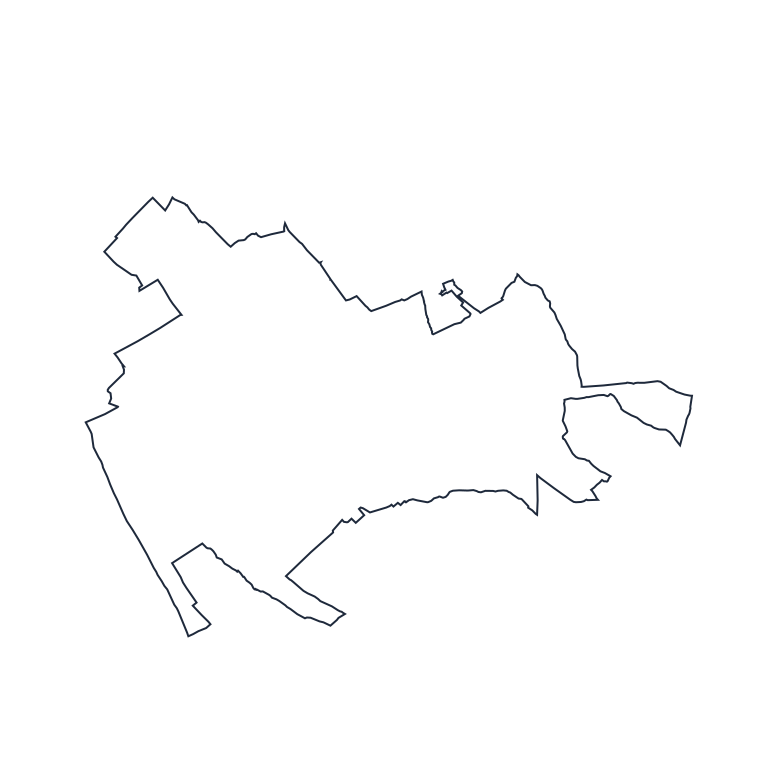 Suletea, Vaslui, Romania, rotated 169°
{"feature_id": "2599482B74545700533017", "entity_name": "Suletea", "entity_type": "district", "adm_level": 2, "iso_a3": "ROU", "parent_name": "Romania", "parent_adm1": "Vaslui", "projection": "mercator", "projection_center": [27.899, 46.299], "detail": "fine", "context": "isolated", "style": "outline", "palette": "slate", "viewbox_px": 768, "rotation_deg": 169, "n_neighbors": 0, "source": "geoboundaries", "source_scale": "gbopen_adm2", "svg_char_len": 6143}
<svg xmlns="http://www.w3.org/2000/svg" viewBox="0 0 768 768"><g transform="rotate(169 384 384)"><path d="M619.5,579.8L618.2,578.2L633.3,567.2L626.1,555.7L623.4,552.0L611.0,539.4L606.4,537.7L602.6,526.9L605.9,525.3L606.3,522.1L586.2,529.5L582.5,520.6L578.1,507.9L576.1,503.2L569.6,490.5L570.8,490.6L593.1,481.7L604.7,477.5L617.6,473.0L642.7,465.2L640.5,461.0L637.7,454.3L635.9,451.0L637.1,451.3L636.5,447.7L637.4,444.1L654.8,432.6L656.3,431.0L656.5,429.5L654.2,427.1L654.6,421.8L657.5,417.4L649.5,412.5L649.8,412.1L663.6,407.7L684.1,403.3L681.0,393.1L680.5,390.8L681.2,377.2L678.1,366.3L676.4,361.9L675.8,358.3L675.8,355.6L673.3,345.5L672.0,337.7L670.0,328.3L668.1,321.6L664.6,306.1L662.6,298.5L658.6,288.8L654.5,277.7L649.1,261.5L645.1,247.4L643.4,243.0L642.7,239.9L639.8,232.8L638.1,227.7L636.0,223.8L632.0,207.4L630.2,203.5L629.3,200.2L624.7,177.3L624.2,173.7L619.1,174.9L613.3,176.8L605.1,178.4L600.2,181.3L601.7,184.1L607.1,192.0L614.0,202.9L609.7,205.2L616.8,221.4L619.2,227.5L620.4,233.2L626.2,248.6L592.8,262.1L589.5,257.2L588.5,256.4L585.8,255.6L584.6,254.2L583.4,252.4L581.7,248.5L581.3,245.6L576.8,242.8L574.7,238.1L570.8,234.7L568.1,231.7L565.0,229.3L563.9,227.8L562.9,228.6L560.9,225.6L559.0,221.5L558.3,221.5L557.9,220.9L556.4,217.2L553.8,214.5L552.2,212.3L551.2,208.7L550.3,207.2L549.5,207.4L549.2,206.7L548.6,206.3L548.2,206.6L544.7,203.8L542.5,203.5L537.0,198.9L536.0,197.8L534.7,195.6L530.6,193.1L528.1,190.9L523.0,185.5L521.8,183.7L518.7,180.9L513.0,174.6L506.3,169.1L504.3,169.5L500.7,168.6L492.6,163.3L488.9,161.6L482.7,157.0L475.2,161.4L473.3,163.1L466.2,165.7L468.0,167.3L469.0,168.5L470.5,169.2L472.5,170.8L477.6,175.7L487.9,183.0L489.7,185.5L492.6,188.6L498.9,193.1L502.5,196.3L510.8,206.9L512.7,209.2L513.9,210.1L516.9,214.1L487.8,232.9L462.3,248.0L462.2,249.9L451.0,258.6L449.6,256.3L446.7,255.3L445.7,255.4L441.6,258.0L438.2,253.1L428.5,259.0L432.4,266.1L430.5,267.2L428.4,266.1L422.3,260.6L405.3,262.3L401.6,263.1L399.7,264.1L398.1,261.9L393.1,264.7L390.8,262.0L386.4,265.1L385.9,264.9L385.6,264.2L385.2,264.3L384.9,263.7L381.6,265.2L377.6,265.4L373.5,263.4L364.2,259.7L363.2,259.6L359.9,260.3L356.8,262.2L352.6,262.6L351.6,263.0L350.8,262.9L347.8,261.1L345.0,261.4L342.6,263.0L340.5,265.2L339.8,265.6L336.7,266.1L330.4,265.3L322.0,263.4L316.5,262.8L313.4,261.2L311.9,260.0L309.5,259.2L304.9,259.8L297.3,258.2L295.1,257.2L292.5,257.4L287.2,256.8L283.9,255.8L282.2,254.2L280.8,253.4L278.6,250.7L273.8,245.9L271.2,245.0L270.7,244.5L265.6,236.4L266.1,235.1L262.6,231.7L259.9,227.6L258.7,226.4L255.4,240.4L251.1,265.3L248.4,261.8L237.0,249.3L223.2,234.8L220.3,232.1L218.1,231.3L213.1,230.6L210.2,230.8L207.4,231.9L206.2,231.1L196.1,229.5L197.0,231.0L197.8,233.7L199.9,239.0L200.9,240.6L197.3,242.3L194.2,244.5L191.2,246.0L188.3,248.2L186.7,246.5L184.8,246.1L183.8,245.6L183.0,246.0L180.8,249.0L179.2,250.2L184.2,254.5L188.2,257.0L194.0,263.6L195.8,266.2L197.5,269.5L199.4,270.2L201.2,271.8L207.3,274.0L209.6,275.9L212.1,279.7L216.9,294.3L217.7,295.6L218.3,295.8L218.7,296.5L218.6,298.1L218.2,298.8L213.7,301.6L213.1,302.6L213.9,307.7L215.5,313.7L215.4,314.3L211.7,323.1L211.1,326.4L211.0,330.5L210.2,332.1L209.9,334.0L203.2,334.4L198.6,332.8L196.9,332.5L190.0,332.2L187.6,332.5L185.8,332.1L175.9,332.1L170.3,331.3L167.0,329.4L166.0,329.6L164.0,330.9L163.4,330.9L160.7,328.4L158.4,323.6L158.2,322.2L157.2,320.2L155.9,316.2L155.8,314.2L153.7,311.6L147.1,306.0L142.1,302.7L136.6,296.3L133.7,294.1L129.7,292.1L128.2,290.3L127.0,289.3L122.7,286.9L116.1,285.4L114.5,284.0L112.5,282.0L111.0,279.5L109.6,276.9L108.8,274.5L105.1,267.3L94.9,288.4L93.9,291.3L91.3,295.1L90.6,295.7L89.6,297.3L87.8,301.6L87.7,303.1L83.9,313.7L85.6,314.1L91.0,316.3L98.7,320.7L100.9,322.9L104.9,325.4L107.0,328.2L112.0,333.4L115.0,334.6L128.1,335.5L135.2,336.9L137.2,337.0L139.0,336.6L140.6,337.5L145.1,339.0L146.1,338.7L168.9,340.7L188.5,343.1L190.6,343.6L190.2,345.1L190.0,349.0L190.1,351.1L190.8,354.6L190.8,362.2L190.6,365.3L189.1,374.1L189.1,375.4L190.3,379.3L192.8,382.5L195.0,386.6L195.6,388.3L195.9,390.9L196.9,392.7L197.1,393.5L197.1,398.2L199.4,407.4L202.0,415.0L202.5,419.1L203.1,421.7L206.3,427.3L206.3,428.7L205.5,431.4L205.6,433.5L207.3,434.8L209.1,438.0L209.3,439.6L210.1,442.2L210.5,445.2L210.9,446.7L211.8,448.2L214.7,451.1L217.0,452.3L220.8,452.9L226.3,457.3L230.2,463.2L231.2,465.2L232.1,466.2L232.7,464.5L234.3,463.1L236.5,459.5L239.5,458.9L246.2,454.3L247.4,452.7L250.2,447.5L251.2,446.4L252.0,446.0L252.3,445.5L251.3,444.0L254.1,442.8L267.0,438.8L275.8,435.4L276.9,437.1L281.2,441.2L294.4,456.5L290.3,458.3L289.6,459.9L290.6,461.5L293.5,464.3L295.1,467.1L296.1,468.0L295.7,470.3L296.4,471.4L296.7,473.1L298.4,472.5L301.2,472.3L306.9,471.1L306.4,467.3L305.7,464.7L308.3,464.0L309.0,463.1L309.9,463.0L310.0,463.5L310.6,462.5L311.8,461.9L310.5,461.1L310.0,459.9L305.2,461.8L304.6,461.2L299.9,462.8L295.9,455.8L290.8,448.9L293.2,446.3L286.3,437.5L285.7,436.6L285.8,436.0L287.3,434.0L292.5,432.7L293.8,431.6L296.9,429.6L303.5,429.3L326.2,423.4L327.0,424.0L327.1,425.3L326.7,426.3L327.3,428.0L327.1,429.7L327.9,431.1L328.1,434.0L329.0,436.3L328.4,438.3L328.3,439.5L329.0,441.2L328.8,442.2L329.3,443.7L329.1,449.7L328.6,453.3L328.9,454.1L329.1,456.8L328.8,457.6L329.1,458.1L329.0,458.6L329.1,461.3L329.8,464.4L329.5,467.6L340.8,464.6L344.9,462.9L348.2,462.2L350.5,463.7L352.3,462.9L357.4,462.4L366.9,460.4L382.6,458.0L384.3,459.8L385.7,462.4L387.3,464.3L394.1,475.5L401.5,473.5L405.4,473.3L416.4,496.7L416.8,496.7L416.7,497.5L423.3,513.2L423.3,515.1L422.8,515.6L424.5,515.4L434.1,530.0L437.7,537.2L439.8,539.4L447.6,551.3L448.6,553.3L450.5,560.6L452.1,557.0L452.7,553.9L452.7,553.1L453.3,552.8L466.3,552.5L476.7,551.6L479.3,553.6L480.8,556.4L482.2,555.7L483.9,556.4L484.9,556.5L485.7,556.4L490.1,554.4L492.6,552.4L494.2,552.0L499.4,552.5L503.6,550.8L508.3,548.0L510.8,551.1L520.0,565.0L522.6,569.6L526.2,574.3L528.0,576.3L529.2,577.1L531.2,577.3L532.5,577.9L533.5,579.4L535.0,578.5L535.3,580.2L538.4,586.6L540.2,589.3L543.3,597.2L544.0,597.1L545.1,598.9L554.5,605.3L556.1,607.5L560.7,601.4L565.7,596.1L575.5,611.0L580.6,607.8L598.9,595.2L606.7,589.6L610.7,586.3L619.5,579.8Z" fill="none" stroke="#1e293b" stroke-width="2"/></g></svg>